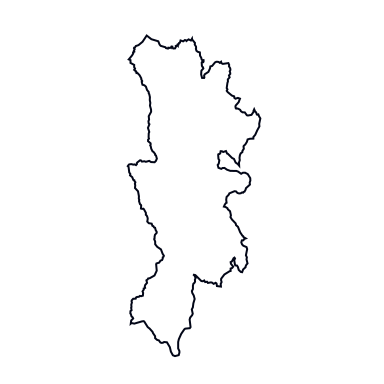 outline of Huancabamba, Piura, Peru, rotated 173°
{"feature_id": "86281439B18343164378490", "entity_name": "Huancabamba", "entity_type": "district", "adm_level": 2, "iso_a3": "PER", "parent_name": "Peru", "parent_adm1": "Piura", "projection": "natural_earth1", "projection_center": [-79.499, -5.401], "detail": "fine", "context": "isolated", "style": "outline", "palette": "ink", "viewbox_px": 384, "rotation_deg": 173, "n_neighbors": 0, "source": "geoboundaries", "source_scale": "gbopen_adm2", "svg_char_len": 6086}
<svg xmlns="http://www.w3.org/2000/svg" viewBox="0 0 384 384"><g transform="rotate(173 192 192)"><path d="M163.3,108.9L163.0,111.3L161.4,111.7L160.2,112.9L162.1,116.0L162.2,117.7L160.8,118.3L158.8,121.2L157.9,121.7L157.4,120.8L158.4,119.1L158.2,114.4L157.7,113.8L156.3,113.5L155.6,112.0L155.1,108.9L153.3,106.7L152.0,106.3L150.7,108.9L148.0,110.8L147.9,111.6L146.8,113.3L145.6,114.3L146.1,118.5L145.5,120.5L146.2,122.6L144.2,128.6L144.6,130.7L147.6,132.4L148.7,133.9L149.2,136.0L148.4,137.9L146.9,137.8L145.9,139.0L144.3,139.4L146.4,141.0L146.6,141.9L147.3,142.5L149.1,146.1L150.6,151.8L152.3,153.7L152.5,155.5L155.7,159.8L156.9,162.4L156.2,164.1L156.6,168.3L158.5,170.4L158.8,171.6L160.5,173.0L162.1,173.6L161.0,175.5L159.7,176.9L159.0,177.1L159.0,180.2L158.3,182.8L155.8,184.9L155.1,186.1L149.7,187.6L148.2,187.2L147.0,185.5L145.4,184.8L143.7,184.8L142.6,185.4L141.4,185.1L140.9,185.8L139.9,185.9L138.5,187.8L138.0,189.2L133.6,192.3L133.6,194.3L132.7,196.2L132.5,198.7L134.5,203.0L137.0,204.7L139.2,204.9L141.0,204.1L143.7,206.6L145.4,207.5L151.4,208.3L154.6,209.9L156.8,211.9L158.7,212.1L160.1,211.4L162.8,212.8L163.2,215.7L162.0,216.9L161.0,220.2L161.7,221.7L161.5,225.7L161.2,226.3L160.0,226.4L159.3,226.9L158.6,229.0L157.3,228.8L156.2,227.9L153.3,228.5L152.5,225.9L151.7,225.5L148.1,220.9L146.3,219.7L145.1,215.9L143.1,214.1L142.0,212.4L141.8,215.5L140.7,217.8L140.7,220.0L140.0,222.6L139.0,224.4L137.2,225.4L136.9,226.7L135.3,228.6L135.3,230.9L135.0,231.5L133.3,232.7L131.4,235.1L130.4,237.4L128.1,237.8L124.6,237.5L124.3,239.2L122.3,241.0L119.7,245.3L117.1,248.9L117.0,251.5L115.2,256.7L116.2,258.9L116.7,260.9L117.5,260.7L118.2,261.0L118.7,263.3L119.5,264.1L120.2,266.5L121.1,265.0L121.2,264.0L123.6,261.3L127.2,261.1L128.2,261.5L129.9,264.6L132.1,264.9L133.6,266.2L134.2,267.7L135.8,268.9L137.5,269.6L138.0,269.4L138.4,270.0L138.5,271.4L138.1,272.5L134.8,275.4L133.0,278.8L135.0,279.8L137.5,279.3L138.5,280.3L138.5,281.8L140.6,282.8L144.4,286.8L145.2,288.2L144.3,289.6L144.9,290.9L143.5,296.1L142.9,297.2L142.7,299.4L140.7,301.2L141.1,303.2L139.6,304.6L139.6,306.3L139.9,307.2L139.0,308.5L139.0,310.1L140.0,312.3L139.6,313.6L140.2,315.5L145.8,315.4L147.1,316.3L147.3,317.7L148.7,316.8L149.7,317.8L150.6,318.1L152.0,318.3L153.4,317.8L156.6,314.7L158.5,314.4L159.1,312.4L161.1,309.2L165.0,307.3L165.8,306.0L165.8,304.1L166.1,303.7L168.1,304.0L168.6,307.5L168.0,310.8L167.8,311.4L165.7,313.2L165.9,314.5L166.5,315.1L166.8,316.1L166.6,319.3L166.3,319.7L165.0,319.5L164.5,320.5L164.5,321.5L165.7,321.4L166.3,322.5L166.5,324.2L167.4,326.3L167.2,329.6L169.3,330.5L170.4,331.7L170.7,333.7L170.4,334.2L170.3,335.8L171.3,338.0L170.9,339.6L173.3,343.4L173.3,344.2L174.6,342.5L176.8,343.9L179.1,342.6L179.3,343.2L180.5,343.7L182.4,342.6L184.9,343.8L185.8,341.7L186.8,341.4L187.4,340.1L188.1,340.2L188.3,338.7L189.0,339.4L190.3,338.9L190.2,338.2L191.3,336.6L193.1,336.7L193.8,337.7L193.8,338.7L194.6,338.9L195.3,337.6L195.8,338.0L197.0,337.7L197.9,338.1L198.4,337.3L200.3,338.0L200.7,338.9L205.3,340.9L206.2,342.3L207.1,345.7L213.7,348.6L217.9,352.8L222.8,347.1L227.2,344.3L230.0,343.7L231.2,342.2L231.7,342.2L231.6,341.7L232.0,341.4L231.6,340.5L232.4,339.4L232.2,338.5L232.9,338.4L233.0,337.7L233.5,337.5L233.5,336.6L234.9,334.8L238.6,331.3L237.0,330.4L237.3,327.6L233.9,325.2L234.2,322.9L233.5,321.5L234.5,320.3L233.2,319.2L233.3,318.5L232.6,318.1L232.6,316.8L231.6,316.7L229.8,314.3L228.5,311.0L228.6,309.9L227.9,308.2L228.5,307.5L228.1,304.5L226.2,303.7L224.9,302.2L224.2,298.8L222.8,296.5L222.9,295.1L222.5,294.3L222.2,291.3L222.7,288.4L222.5,285.5L223.2,282.8L222.6,278.9L222.8,276.6L225.7,272.5L225.8,269.0L226.6,267.6L226.6,265.3L226.0,264.5L227.9,261.0L227.1,256.8L227.8,255.5L228.4,251.6L228.2,250.2L229.2,249.3L229.4,247.8L227.2,245.4L227.2,244.4L227.8,243.3L227.4,242.6L227.2,240.0L226.2,237.1L225.4,236.6L224.0,234.3L224.1,233.4L223.3,232.6L222.8,229.4L224.1,227.2L225.5,226.1L229.0,226.7L230.7,228.1L234.1,227.6L235.5,228.3L238.0,228.3L238.9,229.6L239.7,229.8L242.7,228.0L243.3,227.3L243.3,226.4L244.3,225.5L245.7,226.4L247.0,226.3L248.5,227.0L250.1,227.1L251.3,226.9L252.6,225.5L251.9,224.7L251.9,219.1L251.0,217.3L251.5,216.1L249.5,214.0L248.8,211.2L247.8,210.7L247.7,209.6L247.0,208.6L247.7,207.1L247.5,205.7L248.1,202.9L245.5,199.3L245.2,194.3L245.6,191.8L245.3,190.6L245.7,189.5L245.1,186.3L244.3,185.5L244.1,184.7L244.7,181.8L243.5,181.3L242.4,181.4L241.9,180.9L240.3,176.9L240.6,175.0L239.8,174.1L239.3,172.3L239.2,170.8L240.0,168.1L238.7,166.3L235.9,165.5L235.4,163.2L234.5,162.8L234.0,161.5L233.0,161.0L232.7,158.6L231.9,156.8L232.0,155.8L234.0,154.0L234.7,151.8L234.7,150.8L235.3,149.9L234.6,147.4L234.9,144.6L233.2,141.8L229.8,138.8L228.7,134.3L227.7,132.2L228.1,131.3L229.0,130.7L229.2,129.4L230.0,128.1L231.7,127.7L233.2,125.9L236.0,125.4L236.4,124.6L236.6,118.2L239.4,113.7L244.4,111.6L246.1,111.5L246.6,110.7L248.0,109.9L247.7,107.3L249.8,105.4L250.4,104.0L250.2,102.6L251.7,102.1L251.7,101.1L253.2,99.4L252.8,97.8L253.4,95.1L255.2,94.8L256.4,95.2L257.4,94.5L259.5,94.5L260.4,94.1L260.9,93.0L263.4,93.2L264.9,91.9L265.3,91.1L265.1,89.7L266.0,87.5L266.1,85.2L266.5,84.6L266.4,82.0L267.6,81.3L268.0,78.9L267.6,78.4L267.2,75.9L266.1,74.7L265.8,73.6L268.0,71.9L268.8,68.8L268.0,69.3L265.3,68.4L257.3,69.7L255.8,69.7L255.2,69.3L252.4,63.3L250.7,61.6L248.2,58.0L247.9,56.7L246.2,53.4L246.4,51.4L244.6,49.4L243.0,48.8L241.8,46.6L240.9,46.0L239.3,45.9L238.0,46.5L235.2,45.9L232.9,40.7L232.4,36.1L230.9,32.3L228.9,31.2L225.1,31.7L224.1,34.0L223.9,35.7L224.8,38.4L224.0,44.8L223.0,47.5L220.0,52.5L216.4,56.6L215.4,57.2L210.8,57.1L209.9,58.1L209.9,65.7L209.1,67.6L206.9,69.7L206.1,71.1L206.5,75.5L205.2,77.4L204.2,81.4L202.4,85.5L202.9,89.1L204.0,91.7L204.2,93.7L202.9,95.6L202.5,98.9L201.8,100.8L200.6,101.6L199.9,102.6L199.8,104.7L198.9,106.1L199.8,109.0L201.0,109.9L198.8,109.1L193.6,102.5L192.1,102.1L190.7,102.7L189.9,101.0L188.0,101.1L187.3,99.8L184.3,100.0L183.3,99.7L181.7,98.2L179.6,99.0L178.8,98.2L178.7,95.6L174.8,94.6L174.7,97.3L173.6,99.0L173.9,101.0L173.6,102.4L169.9,106.2L164.3,108.8L163.3,108.9Z" fill="none" stroke="#020617" stroke-width="2"/></g></svg>